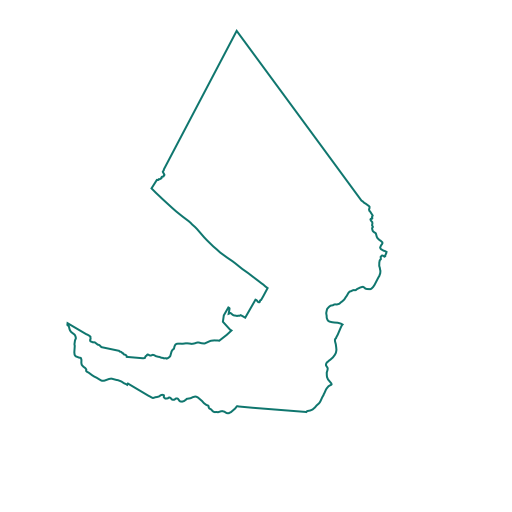 outline of Santarém, Pará, Brazil, rotated 120°
{"feature_id": "56859067B9705629805023", "entity_name": "Santarém", "entity_type": "district", "adm_level": 2, "iso_a3": "BRA", "parent_name": "Brazil", "parent_adm1": "Pará", "projection": "equal_earth", "projection_center": [-54.756, -2.669], "detail": "fine", "context": "isolated", "style": "outline", "palette": "teal", "viewbox_px": 512, "rotation_deg": 120, "n_neighbors": 0, "source": "geoboundaries", "source_scale": "gbopen_adm2", "svg_char_len": 6165}
<svg xmlns="http://www.w3.org/2000/svg" viewBox="0 0 512 512"><g transform="rotate(120 256 256)"><path d="M272.1,146.8L272.1,148.3L272.4,149.8L273.0,152.0L273.7,153.4L274.4,154.8L275.4,157.3L276.0,159.4L276.1,160.7L275.8,161.7L275.0,162.9L274.2,163.8L273.5,164.3L272.5,164.9L270.7,166.4L269.7,166.9L266.8,167.8L266.1,167.9L264.2,167.5L262.8,167.1L261.4,166.3L261.0,165.7L260.1,164.7L259.0,164.1L258.5,163.5L257.5,161.7L256.0,160.2L255.5,159.9L253.6,159.3L252.1,158.6L249.5,157.8L246.8,157.7L245.2,157.5L241.6,157.5L240.0,157.1L239.2,156.3L237.3,155.0L236.7,154.4L236.1,153.1L235.6,152.5L235.2,152.4L234.0,151.9L232.4,150.8L231.2,150.0L229.5,148.4L229.2,147.9L229.2,146.9L229.2,146.2L229.5,145.4L229.5,144.7L229.1,143.4L227.9,141.0L227.6,140.5L227.2,140.1L226.5,139.7L224.4,139.1L221.8,138.9L213.1,139.3L211.8,139.2L208.8,139.8L206.7,140.8L205.9,141.6L204.3,142.9L203.0,144.3L200.1,145.9L198.1,146.6L197.4,146.6L196.8,146.4L196.3,146.3L194.4,147.6L192.7,147.2L192.3,146.6L192.2,145.2L192.4,144.5L191.6,144.0L190.8,144.4L188.5,144.6L187.2,145.0L187.3,147.1L187.6,148.1L187.6,150.4L187.6,151.2L187.2,152.0L186.6,152.7L185.5,152.9L183.7,153.0L183.0,152.8L181.7,152.9L181.0,153.4L180.4,156.0L180.5,156.7L180.1,158.5L179.7,159.9L178.9,161.1L176.7,163.3L176.3,164.1L176.4,165.2L176.1,167.0L175.8,167.6L174.3,169.1L173.6,169.4L172.4,169.3L171.3,170.9L169.7,171.4L168.5,172.3L168.1,173.6L167.6,174.6L167.0,175.2L166.4,175.1L165.9,174.4L165.5,174.1L165.0,174.2L164.6,174.8L163.7,175.2L163.1,175.1L162.6,175.2L160.7,178.9L160.4,179.4L160.3,180.2L159.8,180.8L159.3,181.3L158.8,181.5L157.6,181.7L157.2,182.0L156.6,182.3L156.3,183.1L155.8,187.5L155.9,188.4L155.8,189.2L155.4,190.6L155.3,192.4L126.0,259.1L70.7,385.3L227.0,379.1L227.6,378.8L229.7,378.8L230.2,378.1L230.6,377.2L231.5,375.9L232.0,375.8L232.4,376.1L233.3,375.9L234.1,376.6L234.5,377.1L235.3,377.2L235.8,376.8L236.4,377.0L237.9,378.0L238.2,378.7L239.0,378.7L239.5,379.3L239.7,379.9L249.7,380.3L251.3,374.4L253.4,365.6L256.3,352.5L257.3,347.5L258.0,343.0L258.6,339.0L259.5,331.6L260.0,329.1L260.6,327.2L261.4,323.2L262.1,320.7L265.7,310.4L266.9,306.3L269.1,297.7L269.9,293.3L270.9,288.8L271.8,280.4L272.3,273.6L272.7,270.4L274.1,261.4L274.7,254.6L275.6,247.8L276.5,240.6L276.9,237.8L277.1,235.4L277.7,232.6L278.0,229.9L287.3,229.6L291.5,229.6L292.1,230.1L292.6,230.2L293.8,229.8L294.5,230.1L294.8,231.0L294.5,232.0L294.1,233.0L294.0,233.9L294.1,234.6L314.8,234.5L314.8,237.3L314.9,239.7L315.7,240.2L316.2,240.7L316.6,241.6L317.4,242.4L317.9,244.0L318.5,245.4L318.6,246.8L318.2,248.8L318.2,249.8L318.7,250.3L319.2,250.4L319.7,250.8L314.8,252.6L314.4,253.1L314.4,254.2L323.5,254.2L329.5,251.8L332.7,241.8L332.8,240.0L338.9,241.9L347.8,245.5L348.1,246.5L350.0,250.0L351.9,252.6L352.8,253.4L357.4,256.7L358.1,258.0L358.9,259.9L359.2,261.1L359.5,262.2L360.0,263.2L361.1,264.4L362.1,265.2L363.3,266.5L364.2,267.7L364.5,268.2L364.8,269.2L366.0,271.9L366.7,273.1L368.5,275.4L370.8,279.5L371.4,280.4L371.9,280.9L372.8,281.4L373.3,281.5L375.0,281.4L377.3,280.7L378.8,281.3L379.8,281.4L380.9,281.4L384.8,280.4L385.8,280.2L387.9,280.9L389.5,282.0L389.5,282.8L390.7,284.6L390.8,285.8L391.2,286.5L391.5,287.5L391.7,289.2L392.1,290.1L392.8,292.6L392.8,294.2L392.9,295.1L393.3,296.1L394.7,297.2L395.2,298.0L395.3,299.0L395.3,299.9L395.4,300.5L396.0,300.9L397.0,300.9L397.8,301.4L398.5,301.5L399.3,301.3L399.9,301.3L400.7,302.2L401.1,302.8L408.0,317.5L407.4,317.9L407.1,318.5L406.9,319.2L407.0,320.2L407.3,321.1L407.1,321.8L406.7,322.3L406.9,323.1L406.5,324.5L406.6,325.4L406.9,326.2L406.6,327.2L412.2,344.3L411.5,347.0L411.6,347.8L411.9,348.7L411.4,352.2L411.7,353.2L412.2,353.8L412.4,354.5L412.4,355.1L412.6,356.0L412.6,356.8L412.1,357.4L411.3,357.8L410.6,357.8L410.0,358.1L409.5,358.6L408.8,358.9L408.5,359.7L408.4,360.6L408.4,362.8L408.6,363.6L408.4,385.6L410.0,384.9L410.4,383.3L410.7,382.7L412.5,381.0L413.4,379.9L414.1,378.5L414.3,377.7L414.8,373.9L415.1,373.2L416.0,372.0L417.0,371.1L417.5,370.8L419.4,370.6L420.5,370.2L423.2,369.1L424.5,368.0L430.2,365.2L432.0,363.9L432.5,363.3L432.8,362.6L433.0,361.8L432.6,359.3L432.5,358.5L432.0,357.2L432.0,356.5L433.3,355.2L435.9,353.8L437.3,352.6L437.7,351.7L438.2,350.0L438.4,347.9L438.9,346.7L439.2,346.2L440.4,345.7L440.7,344.9L440.8,344.2L440.7,343.2L440.7,342.5L441.2,338.3L441.3,335.8L441.1,333.2L441.2,330.1L441.2,327.5L440.9,326.7L439.8,325.0L436.0,321.8L434.6,320.1L434.3,319.3L433.1,314.8L432.6,313.6L432.1,310.6L432.0,309.6L432.2,306.6L431.9,304.4L432.0,303.1L430.5,303.1L430.8,279.0L430.7,278.0L430.7,276.1L430.6,274.5L430.2,273.9L428.5,272.4L427.7,271.3L426.5,270.1L425.9,269.6L424.6,269.1L423.7,268.5L423.0,267.6L422.8,267.0L422.7,266.1L423.3,265.7L424.2,265.4L424.5,264.9L424.8,263.6L424.7,263.0L423.7,261.6L423.2,261.1L422.3,260.8L421.8,260.2L421.7,259.5L421.8,258.6L422.3,257.2L422.2,256.5L421.9,255.8L421.2,254.8L419.6,254.2L419.2,253.8L418.8,253.1L418.7,252.2L419.2,251.0L419.8,249.7L419.8,248.8L419.1,247.2L417.6,245.8L416.0,245.1L415.4,244.8L414.4,244.6L412.0,241.7L411.4,241.2L409.9,240.2L408.4,238.7L407.9,238.0L407.7,237.2L407.6,236.3L407.6,235.4L408.6,230.1L409.0,229.0L409.5,227.4L409.8,224.6L409.5,222.5L409.9,221.9L410.7,221.3L411.2,220.6L411.4,220.0L411.3,219.2L411.3,218.5L411.5,217.5L411.9,216.4L412.1,215.3L412.0,214.1L411.7,213.5L410.8,212.1L410.3,210.8L408.0,208.7L407.2,207.6L406.6,205.4L406.7,204.6L406.7,203.0L406.5,202.3L405.7,200.9L405.1,200.6L403.7,199.6L398.5,197.8L395.7,197.4L395.3,196.9L395.0,195.8L389.1,183.0L366.4,135.4L366.0,134.4L365.4,134.3L364.7,134.1L362.8,131.9L361.4,130.8L360.5,130.2L357.6,129.2L355.2,128.8L352.2,127.8L351.0,127.6L349.3,127.6L345.2,128.0L342.5,128.0L342.0,128.2L340.7,128.2L336.9,128.6L335.5,128.6L332.6,128.1L331.3,127.4L329.8,126.4L329.3,126.4L328.7,127.1L328.4,127.8L326.9,131.9L325.4,133.9L324.1,134.9L321.7,136.4L318.9,137.1L317.7,137.6L317.1,138.1L316.7,138.8L316.0,140.2L315.7,140.7L315.1,141.1L314.0,141.4L312.7,141.4L311.6,140.9L309.9,140.4L308.7,139.8L305.4,138.7L302.1,138.3L300.0,138.4L298.7,138.8L297.1,139.4L295.1,140.8L292.5,142.8L290.5,144.8L289.2,145.7L288.0,145.9L287.3,145.6L286.4,145.8L283.2,145.9L275.8,146.8L273.2,147.0L272.1,146.8Z" fill="none" stroke="#0f766e" stroke-width="2"/></g></svg>